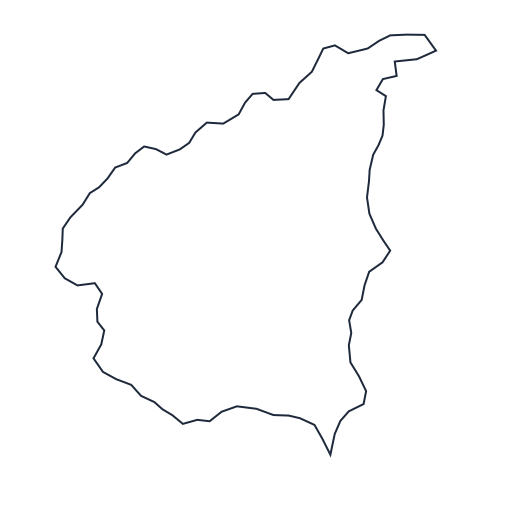 the district of Raposos, Minas Gerais, Brazil, rotated 84°
{"feature_id": "56859067B47566080265166", "entity_name": "Raposos", "entity_type": "district", "adm_level": 2, "iso_a3": "BRA", "parent_name": "Brazil", "parent_adm1": "Minas Gerais", "projection": "robinson", "projection_center": [-43.787, -19.978], "detail": "fine", "context": "isolated", "style": "outline", "palette": "slate", "viewbox_px": 512, "rotation_deg": 84, "n_neighbors": 0, "source": "geoboundaries", "source_scale": "gbopen_adm2", "svg_char_len": 1340}
<svg xmlns="http://www.w3.org/2000/svg" viewBox="0 0 512 512"><g transform="rotate(84 256 256)"><path d="M461.4,202.8L441.2,196.3L428.8,189.3L420.2,180.0L414.5,164.5L401.9,160.6L386.3,166.2L371.7,173.2L354.5,173.0L342.5,169.3L329.6,170.1L320.3,165.5L310.7,155.5L296.5,151.1L283.5,145.1L275.5,130.8L264.7,122.0L254.2,127.6L241.4,133.9L225.8,138.8L209.4,139.5L193.8,135.9L182.0,133.9L167.4,128.8L158.8,122.7L149.5,117.6L138.8,115.2L124.5,114.0L110.6,110.1L103.6,118.9L93.3,111.3L91.6,97.3L77.1,97.7L77.1,75.4L70.6,55.5L53.7,65.2L51.6,82.9L50.6,99.4L54.8,110.9L61.3,123.2L64.0,143.1L54.8,155.5L56.7,167.4L65.7,173.0L78.6,181.2L88.5,194.8L103.4,207.2L102.6,222.3L94.8,229.8L94.4,242.4L102.4,250.9L113.3,258.4L120.9,274.7L118.2,291.0L126.8,303.3L136.5,310.6L142.0,320.6L145.8,334.4L139.2,344.4L135.4,355.8L141.3,365.5L150.0,374.4L153.3,386.8L163.4,395.6L171.2,404.8L176.1,414.7L186.8,423.0L198.2,436.6L208.5,445.3L220.3,447.0L231.7,449.0L245.8,456.5L258.2,448.5L266.6,436.6L266.2,419.1L277.6,413.0L292.1,419.8L304.8,420.6L314.2,414.7L327.7,419.1L340.8,428.3L355.3,420.3L363.9,407.9L371.1,393.6L383.1,384.9L390.7,372.3L398.7,365.0L405.6,355.8L415.3,346.3L412.8,331.5L415.5,319.4L407.3,306.5L403.5,290.7L408.0,271.5L416.0,255.3L418.1,240.2L421.9,229.3L430.1,215.5L444.0,209.4L461.4,202.8Z" fill="none" stroke="#1e293b" stroke-width="2"/></g></svg>